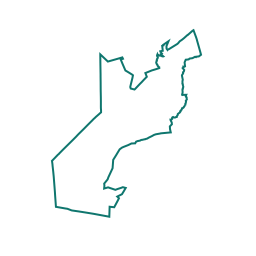 Múzquiz, Coahuila, Mexico, rotated 252°
{"feature_id": "50627088B33107431183944", "entity_name": "Múzquiz", "entity_type": "district", "adm_level": 2, "iso_a3": "MEX", "parent_name": "Mexico", "parent_adm1": "Coahuila", "projection": "robinson", "projection_center": [-101.589, 28.349], "detail": "fine", "context": "isolated", "style": "outline", "palette": "teal", "viewbox_px": 256, "rotation_deg": 252, "n_neighbors": 0, "source": "geoboundaries", "source_scale": "gbopen_adm2", "svg_char_len": 4645}
<svg xmlns="http://www.w3.org/2000/svg" viewBox="0 0 256 256"><g transform="rotate(252 128 128)"><path d="M200.8,220.5L200.7,220.0L200.5,219.5L200.5,219.4L200.4,219.3L200.4,219.2L200.3,218.9L200.2,218.8L200.2,218.7L200.0,218.2L199.7,217.5L199.6,217.3L199.6,217.2L199.4,216.8L198.0,213.6L198.1,213.4L196.1,208.9L195.2,206.5L194.7,204.8L194.5,204.0L193.2,202.0L192.7,200.9L190.4,191.5L190.2,189.8L190.1,189.7L191.5,189.2L192.0,189.3L194.0,189.9L198.0,193.3L196.2,187.2L195.6,187.2L195.6,185.9L193.4,185.5L190.7,184.9L191.0,182.4L190.9,182.4L190.9,182.5L190.4,182.8L189.8,182.8L189.5,182.8L189.2,182.8L188.9,182.9L188.6,183.1L188.4,183.2L188.1,182.1L185.9,183.3L185.2,183.7L185.2,183.4L185.3,183.3L185.3,183.2L185.5,182.9L185.7,182.7L185.8,182.4L186.0,182.3L186.3,182.0L186.5,181.7L186.8,181.4L186.9,181.1L186.9,180.9L187.0,180.6L187.1,180.4L187.2,180.2L187.3,180.1L187.4,179.8L187.4,179.7L187.6,179.6L187.8,179.5L188.1,179.4L188.3,179.3L188.4,179.2L188.5,179.0L188.6,178.9L188.5,178.7L188.9,178.7L188.3,178.2L187.7,177.9L186.5,178.1L185.6,178.1L185.4,177.8L185.3,177.7L185.1,177.6L184.9,177.4L184.8,177.2L184.7,177.2L184.5,176.9L184.4,176.7L184.2,176.6L183.9,176.5L183.7,176.4L183.4,176.4L183.3,176.2L183.2,176.1L182.9,176.1L182.8,175.9L182.7,175.9L182.5,175.7L182.3,175.5L182.2,175.4L181.9,175.3L181.7,175.1L181.4,175.1L181.2,175.0L180.9,175.0L180.7,175.0L180.3,175.1L180.2,175.1L179.9,175.1L179.6,175.1L179.4,175.2L179.3,175.4L179.2,175.4L178.9,175.5L178.4,175.5L178.3,175.4L178.2,175.4L177.7,175.5L177.4,175.7L177.3,175.8L177.2,175.8L176.9,175.9L176.7,176.1L176.4,176.2L176.2,176.2L176.1,176.3L176.0,176.5L175.9,176.6L175.6,176.8L175.4,176.9L175.4,177.0L175.3,176.6L175.3,173.3L175.3,172.6L175.4,168.4L175.2,165.7L174.9,161.5L170.9,161.7L168.8,157.7L167.4,155.2L166.4,153.2L165.1,150.8L162.9,146.8L162.6,146.1L164.7,142.8L166.3,142.8L167.5,143.5L174.1,147.6L176.6,149.0L177.3,148.6L180.4,146.0L182.6,144.1L183.5,143.3L191.0,142.6L193.6,142.4L196.1,142.2L196.2,142.3L195.5,142.8L195.5,143.6L195.4,144.0L195.4,144.6L196.9,144.4L197.0,140.8L197.1,137.8L197.4,129.4L206.6,124.4L205.7,124.1L196.7,121.3L186.9,118.3L185.4,117.8L179.6,116.0L172.7,113.8L166.1,111.8L161.9,110.5L156.7,108.8L155.1,108.3L154.2,108.1L152.7,107.7L151.2,107.2L150.5,105.5L150.0,104.5L149.8,103.9L149.5,103.3L148.6,101.1L147.7,99.3L147.3,98.3L146.5,96.8L144.1,92.1L143.6,91.1L140.9,85.9L137.4,78.9L136.7,77.6L135.8,76.0L133.7,71.9L132.7,69.9L127.4,59.3L124.9,54.5L124.7,54.3L124.2,53.0L120.2,45.5L119.9,45.5L117.1,45.0L115.4,44.6L109.6,43.4L104.6,42.3L89.7,38.7L86.6,37.9L76.5,35.4L75.3,35.1L72.5,40.4L70.9,43.4L69.9,45.4L67.0,49.0L63.9,55.3L60.6,61.8L57.1,68.6L51.9,78.2L49.4,82.8L58.8,86.2L56.9,90.4L61.9,95.6L64.0,97.7L66.1,96.6L66.9,101.8L69.3,104.6L71.7,107.3L73.3,104.8L73.2,103.0L73.2,99.2L73.1,96.9L77.7,90.7L77.8,86.6L80.3,87.7L82.5,88.2L83.0,89.0L85.4,92.7L87.2,94.1L94.5,100.9L102.3,104.1L105.8,108.3L107.9,110.7L110.3,113.5L111.2,116.2L111.4,118.0L111.7,123.0L112.2,126.5L111.2,130.1L111.6,130.5L112.5,131.5L112.6,133.1L112.4,134.6L112.3,135.7L112.5,136.4L112.5,137.2L112.3,137.9L112.3,138.5L112.2,139.4L112.1,140.4L112.0,140.8L112.1,141.0L112.0,143.0L112.4,144.6L112.9,148.2L113.4,150.7L113.4,152.6L112.8,156.9L112.8,157.5L110.6,167.3L113.9,167.6L116.6,168.3L118.0,170.9L119.8,171.3L122.1,170.9L122.8,171.0L122.5,171.7L122.6,172.1L122.8,172.4L123.1,172.9L123.5,172.8L123.8,172.9L124.2,173.3L124.5,173.7L124.5,174.3L124.3,174.4L123.9,174.9L123.5,175.6L123.4,176.2L123.6,176.9L123.5,177.1L123.4,177.8L124.3,178.3L124.9,179.2L125.2,179.3L125.4,179.5L125.9,179.7L126.3,180.7L126.7,182.0L127.0,182.4L127.3,182.5L127.5,183.1L127.9,183.1L128.2,183.2L128.9,184.8L129.5,185.1L130.1,185.5L130.0,186.4L130.3,186.9L130.4,187.4L130.8,187.6L131.6,188.8L131.8,189.3L131.7,189.3L132.2,189.5L132.4,189.8L132.9,189.8L133.5,190.1L133.7,190.5L134.7,191.1L135.1,191.2L135.3,191.4L136.0,191.4L137.0,192.8L137.9,192.9L138.2,193.0L138.9,193.2L139.7,192.8L140.0,193.0L140.3,192.8L140.8,193.2L141.1,193.2L141.4,193.4L141.6,193.6L142.6,190.2L142.6,189.8L142.8,189.7L143.4,189.9L144.1,190.5L144.9,190.9L145.5,191.1L147.1,191.5L147.6,191.6L148.0,192.1L148.4,192.4L148.8,192.3L149.8,193.2L150.5,193.4L151.1,193.3L151.7,193.4L152.8,193.7L153.3,193.4L154.2,193.8L155.2,194.1L156.0,194.4L156.7,194.9L156.9,195.0L161.2,195.5L161.6,195.7L162.9,197.3L164.0,197.5L164.4,198.5L165.8,199.4L168.1,198.5L168.5,199.4L169.3,199.6L168.9,200.6L169.0,201.3L172.9,202.1L175.1,204.0L174.7,205.8L174.5,206.9L175.0,208.0L174.5,210.9L175.0,213.8L174.4,214.5L174.7,215.0L174.2,217.5L175.1,220.1L179.4,220.3L189.5,220.7L191.0,220.8L193.1,220.8L200.8,220.5Z" fill="none" stroke="#0f766e" stroke-width="2"/></g></svg>